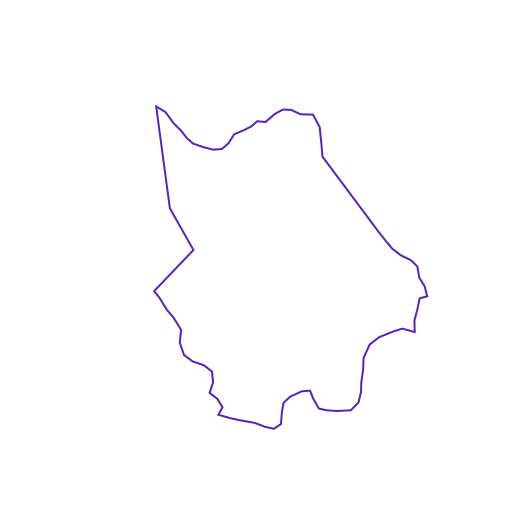 Maruim, Sergipe, Brazil (Mercator projection), rotated 312°
{"feature_id": "56859067B1242675003526", "entity_name": "Maruim", "entity_type": "district", "adm_level": 2, "iso_a3": "BRA", "parent_name": "Brazil", "parent_adm1": "Sergipe", "projection": "mercator", "projection_center": [-37.108, -10.721], "detail": "fine", "context": "isolated", "style": "outline", "palette": "violet", "viewbox_px": 512, "rotation_deg": 312, "n_neighbors": 0, "source": "geoboundaries", "source_scale": "gbopen_adm2", "svg_char_len": 1124}
<svg xmlns="http://www.w3.org/2000/svg" viewBox="0 0 512 512"><g transform="rotate(312 256 256)"><path d="M112.8,334.2L118.7,346.2L123.5,354.5L131.0,366.5L135.3,377.4L139.6,384.9L147.8,387.0L157.5,379.6L165.4,374.7L174.3,375.5L186.0,380.5L192.1,386.2L188.4,393.7L184.7,404.6L188.4,411.5L194.9,419.8L204.8,429.7L215.7,430.2L225.6,424.8L231.9,419.3L243.7,411.3L252.0,404.3L266.2,399.7L277.7,401.7L291.6,408.4L300.0,413.4L305.7,424.8L314.2,416.8L324.6,411.5L334.0,405.9L340.6,410.2L346.3,401.7L349.2,391.8L356.1,383.0L356.6,374.5L353.4,363.0L352.6,352.4L354.0,342.8L356.1,330.3L374.3,239.0L381.5,231.3L389.0,223.0L394.3,217.2L399.2,203.8L391.1,194.2L388.0,184.2L382.8,178.0L374.1,174.9L362.0,173.4L356.9,166.7L349.2,165.8L341.4,162.8L331.9,158.3L321.7,160.1L312.8,159.1L306.5,153.2L301.9,144.5L297.4,134.0L297.4,125.4L299.0,116.6L299.5,106.1L302.4,92.4L300.3,81.8L233.8,160.1L218.6,205.5L161.7,203.8L160.4,212.1L156.4,225.5L155.1,235.6L151.0,249.7L140.7,257.2L134.2,268.9L135.3,279.5L139.9,290.2L140.7,300.6L133.4,308.6L123.2,313.2L124.0,322.8L121.1,332.4L112.8,334.2Z" fill="none" stroke="#5b21b6" stroke-width="2"/></g></svg>